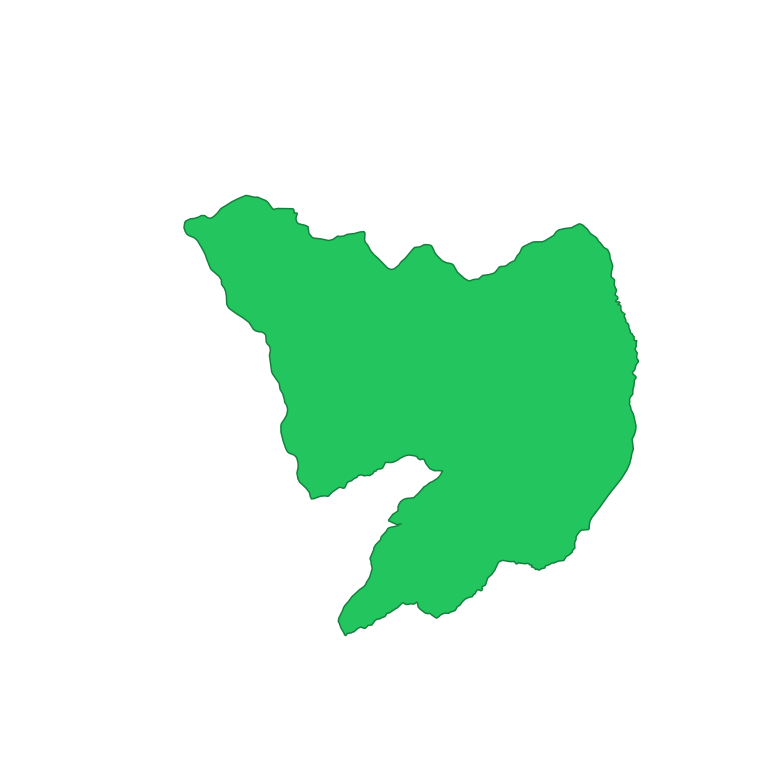 outline of Aratoca, Santander, Colombia, rotated 300°
{"feature_id": "7082276B70288083001558", "entity_name": "Aratoca", "entity_type": "district", "adm_level": 2, "iso_a3": "COL", "parent_name": "Colombia", "parent_adm1": "Santander", "projection": "albers", "projection_center": [-73.027, 6.735], "detail": "fine", "context": "isolated", "style": "filled", "palette": "green", "viewbox_px": 768, "rotation_deg": 300, "n_neighbors": 0, "source": "geoboundaries", "source_scale": "gbopen_adm2", "svg_char_len": 6171}
<svg xmlns="http://www.w3.org/2000/svg" viewBox="0 0 768 768"><g transform="rotate(300 384 384)"><path d="M430.0,133.5L425.7,130.7L423.7,130.9L419.4,132.6L416.8,135.5L415.2,138.4L415.0,141.1L415.8,146.1L415.3,149.2L414.5,151.5L409.3,160.6L406.3,165.0L403.4,168.2L397.5,175.7L396.7,177.2L394.7,187.6L392.8,191.0L389.0,193.6L387.2,197.7L385.4,200.1L381.3,203.6L374.9,207.6L373.4,209.3L372.0,212.3L371.1,220.9L370.8,229.2L369.8,236.4L366.1,243.5L365.8,246.0L366.7,249.7L367.9,251.9L368.0,255.1L367.0,257.3L361.4,261.1L360.2,263.4L359.7,265.5L358.5,267.1L356.2,268.9L351.6,270.4L338.4,280.6L336.8,282.9L332.1,292.9L327.2,296.9L325.0,301.1L320.9,305.3L318.4,307.3L317.0,310.2L314.9,312.4L312.9,313.7L308.4,315.2L303.8,315.3L298.8,314.9L296.6,315.4L290.7,318.9L284.1,325.3L278.8,331.4L277.1,334.2L276.7,336.4L277.5,341.6L277.0,344.0L275.9,345.9L272.4,349.3L268.9,351.3L263.3,353.1L258.8,357.0L256.8,360.2L254.9,368.3L253.3,372.5L252.3,374.1L249.6,376.5L248.2,378.6L249.7,380.7L254.5,384.6L255.7,386.0L257.9,389.3L258.3,390.9L259.2,392.0L263.9,393.0L271.7,396.6L272.6,397.8L273.5,401.1L274.5,401.9L280.3,401.4L282.7,402.9L283.7,404.1L286.9,405.3L289.5,407.1L292.1,407.6L294.1,409.9L294.5,412.6L296.5,415.2L297.5,417.3L300.7,419.1L303.6,419.3L304.7,420.6L306.1,420.8L307.9,421.7L308.4,423.2L310.5,424.8L316.8,424.5L319.6,429.5L321.0,431.1L324.5,433.6L328.1,435.3L331.4,437.5L333.3,439.2L335.0,441.1L337.3,447.0L337.5,448.8L336.5,450.7L336.4,453.0L338.7,455.4L338.7,456.4L336.0,460.2L333.6,465.9L334.1,471.0L336.7,475.3L337.8,478.1L333.6,478.3L331.0,478.0L328.7,477.3L323.6,474.7L321.5,473.0L317.0,471.4L315.0,470.1L306.7,468.5L300.3,466.6L296.3,460.9L294.4,459.1L292.3,457.9L290.1,457.2L286.9,457.1L284.4,457.6L283.0,458.7L280.8,459.5L275.5,456.8L268.4,456.0L267.8,456.5L268.7,465.0L269.2,466.5L270.6,467.6L270.9,468.2L267.5,466.2L262.6,460.7L260.8,459.6L257.0,459.5L250.3,458.0L247.2,458.9L240.4,457.1L236.9,457.2L235.0,458.0L225.9,459.1L223.5,461.8L222.3,462.4L218.3,466.1L209.4,468.2L203.0,468.0L201.4,468.4L198.2,467.8L193.6,465.6L183.8,462.6L178.2,462.0L173.6,461.0L170.4,460.8L167.0,461.4L159.0,461.9L156.9,462.5L155.3,463.4L154.5,464.9L151.2,468.7L148.3,473.9L147.0,475.3L147.1,476.7L149.7,477.1L152.4,480.3L153.7,481.0L154.4,481.9L159.5,483.6L161.3,484.9L161.9,485.6L162.5,488.9L163.1,489.9L167.0,491.0L169.3,494.0L174.2,494.4L176.5,495.3L178.5,497.8L179.8,498.4L183.3,501.2L186.8,501.2L188.6,503.2L195.5,506.5L196.8,507.5L203.4,509.3L204.1,510.1L204.0,513.0L204.8,514.5L206.9,516.9L208.2,519.7L209.1,520.5L211.3,521.3L211.4,522.1L207.9,525.2L207.1,527.8L206.3,533.7L206.4,535.1L207.2,537.1L208.2,538.2L208.3,539.1L207.9,540.4L207.4,545.9L207.8,546.8L209.1,547.5L212.1,548.4L214.3,549.8L215.8,551.1L218.0,554.9L219.1,555.1L223.2,558.7L224.7,559.0L227.4,558.7L230.7,560.4L234.4,560.7L238.2,561.8L241.1,563.7L244.0,566.8L246.3,566.8L247.2,567.0L247.4,567.6L252.2,567.7L253.0,568.5L253.4,571.2L254.0,571.9L255.8,571.8L256.2,570.9L257.0,570.4L258.2,570.7L260.0,572.1L261.4,572.3L267.7,570.8L273.5,572.6L278.4,573.0L286.2,572.3L287.7,572.6L289.4,573.9L290.6,574.9L293.2,582.0L295.4,585.6L294.3,588.4L294.8,589.1L296.0,589.4L299.0,596.3L300.4,597.9L300.7,599.4L300.2,600.7L301.1,602.4L300.9,602.9L299.4,603.1L299.9,606.2L299.2,607.8L299.5,608.6L300.4,609.2L300.2,610.7L300.5,611.5L302.6,612.6L304.9,615.0L305.4,615.3L306.4,614.8L307.3,614.9L310.6,617.8L313.0,618.9L313.7,620.4L317.9,623.7L321.1,628.0L325.7,628.1L329.1,630.0L332.6,631.1L334.3,630.5L337.3,631.3L342.0,628.4L344.9,628.1L346.1,627.8L347.2,626.9L349.6,626.7L353.8,627.2L356.3,628.2L360.2,633.9L361.5,633.9L364.5,632.3L368.3,631.0L372.1,630.8L386.2,632.6L400.9,634.0L420.3,636.9L430.5,637.3L437.4,636.7L444.5,634.7L447.0,633.6L452.2,632.5L460.6,626.3L464.1,626.3L466.7,625.8L469.6,625.1L473.0,623.6L474.4,622.6L482.4,615.2L485.3,610.8L488.0,608.5L488.9,606.8L491.5,605.7L493.7,604.2L495.4,603.9L499.5,604.5L504.1,602.2L507.1,601.5L512.1,599.2L513.2,598.9L515.1,599.3L516.1,598.7L516.8,596.8L516.9,595.0L518.2,593.3L521.5,594.1L525.7,592.9L528.0,592.7L530.1,593.2L531.5,592.6L532.5,590.4L533.7,589.2L537.5,587.8L539.1,584.7L539.9,584.0L543.4,583.4L544.7,582.2L547.6,581.4L547.8,580.8L547.1,579.8L547.1,579.0L547.8,577.9L549.8,577.2L550.6,574.9L551.5,573.8L551.6,571.9L553.4,570.3L555.4,567.8L557.3,566.6L558.2,565.1L558.7,562.4L560.4,561.3L562.5,558.4L563.2,558.0L564.8,557.8L565.1,557.4L565.2,555.0L565.9,553.0L566.8,552.0L570.1,550.0L570.4,549.3L570.0,547.1L572.4,547.6L572.6,546.6L571.4,544.4L571.5,543.2L572.2,543.0L574.6,543.9L576.2,542.9L576.7,539.7L577.4,539.2L581.1,538.7L581.8,538.2L583.2,535.9L585.5,533.4L588.7,532.1L589.6,531.2L590.3,527.7L591.0,526.7L595.1,524.8L599.3,523.6L600.8,522.9L606.1,516.9L609.7,514.2L612.2,510.4L612.2,506.0L614.6,500.3L615.1,498.1L616.1,496.7L617.0,494.4L617.5,487.5L619.7,482.8L621.0,476.6L620.8,474.2L620.1,472.8L614.8,469.2L613.4,468.7L608.8,462.5L604.8,458.3L602.1,457.1L597.4,456.6L588.2,451.6L586.1,449.7L582.6,443.7L581.2,441.8L574.2,437.0L572.0,435.7L570.4,435.4L565.4,436.0L561.8,435.2L556.6,435.4L555.3,434.8L552.1,432.5L547.8,430.8L546.4,429.7L544.0,426.2L542.8,425.3L537.2,424.6L534.7,423.6L531.1,420.1L527.3,415.1L522.2,413.4L519.2,409.2L516.1,406.7L515.6,405.3L515.6,400.9L517.2,393.3L517.6,391.5L521.5,385.1L521.9,383.6L521.8,381.8L520.2,377.4L519.8,372.8L521.9,365.2L522.8,363.0L526.7,357.5L527.4,355.9L527.3,354.3L525.6,350.4L524.4,348.9L520.7,346.5L517.7,342.4L516.0,341.7L503.3,339.5L498.6,337.8L494.4,337.4L489.6,335.6L487.6,334.1L486.6,332.6L486.2,329.1L490.0,315.6L490.9,310.9L492.6,306.0L496.2,300.3L497.4,296.9L499.2,295.1L505.0,292.2L505.9,290.6L504.0,287.6L499.4,283.0L495.2,277.3L492.0,275.1L489.8,272.2L488.9,269.9L483.5,267.4L480.6,264.4L478.0,256.4L475.3,250.4L475.1,248.3L477.0,243.6L482.2,239.6L482.1,236.8L480.0,229.7L480.9,227.2L483.1,225.1L485.4,224.2L487.8,223.9L488.5,223.2L487.3,220.6L489.5,219.1L490.2,218.1L489.6,216.3L482.7,203.9L479.9,201.0L480.5,198.7L483.2,192.8L483.7,190.2L482.7,181.4L480.9,178.3L479.0,171.8L478.1,170.0L472.6,165.7L466.2,161.4L454.2,155.0L449.0,154.3L444.5,153.0L441.0,151.3L439.8,148.5L440.2,144.6L438.6,141.6L435.9,140.0L432.7,137.1L430.0,133.5Z" fill="#22c55e" stroke="#15803d" stroke-width="1.5"/></g></svg>